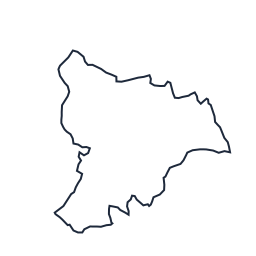 Stroumpi, Paphos, Cyprus (Robinson projection), rotated 165°
{"feature_id": "46923920B38584843401595", "entity_name": "Stroumpi", "entity_type": "district", "adm_level": 2, "iso_a3": "CYP", "parent_name": "Cyprus", "parent_adm1": "Paphos", "projection": "robinson", "projection_center": [32.477, 34.887], "detail": "fine", "context": "isolated", "style": "outline", "palette": "slate", "viewbox_px": 256, "rotation_deg": 165, "n_neighbors": 0, "source": "geoboundaries", "source_scale": "gbopen_adm2", "svg_char_len": 1823}
<svg xmlns="http://www.w3.org/2000/svg" viewBox="0 0 256 256"><g transform="rotate(165 128 128)"><path d="M125.8,48.1L123.7,50.8L121.3,54.5L114.5,55.5L109.2,58.7L107.6,63.7L106.5,70.7L104.4,71.4L101.4,74.9L97.9,78.7L93.9,79.2L86.6,79.7L82.8,82.4L78.9,86.7L77.1,88.9L71.3,89.8L64.2,88.8L58.3,87.2L51.6,84.2L46.8,80.6L40.8,80.7L35.7,78.1L35.3,83.9L35.3,88.5L37.5,93.5L38.5,101.9L38.9,104.9L40.5,107.8L42.3,111.3L41.4,117.0L41.7,121.9L42.1,128.8L43.9,130.9L43.3,134.8L44.5,136.0L48.5,134.1L51.4,132.6L53.6,136.8L53.2,140.8L54.3,145.1L58.9,144.3L61.1,143.5L67.6,143.9L71.3,143.8L74.9,145.1L75.5,149.9L75.4,160.7L77.7,162.5L81.8,159.2L86.0,160.2L91.5,162.3L94.8,165.7L93.2,169.5L93.6,173.4L99.5,173.3L105.1,174.0L115.6,174.1L122.3,174.4L127.1,176.0L126.0,180.5L130.1,183.8L134.8,187.2L138.7,192.0L145.9,198.2L150.4,199.3L152.3,203.3L152.5,208.3L155.0,211.8L157.0,214.6L161.2,217.1L167.4,211.6L177.5,205.8L178.7,204.4L180.0,202.7L180.2,196.0L177.5,188.0L175.4,184.0L175.4,178.2L178.1,174.2L185.8,167.1L187.9,160.6L188.9,156.8L190.2,153.3L191.1,150.0L190.4,145.9L189.6,143.0L188.1,140.3L185.1,136.8L184.1,132.2L184.7,127.1L180.4,124.9L177.1,121.2L173.1,120.4L170.1,118.3L173.0,114.1L177.6,113.0L181.1,117.1L183.1,113.0L181.8,108.7L185.2,105.7L188.4,99.8L184.2,95.6L186.8,91.0L190.6,87.6L193.8,84.2L196.7,80.0L200.0,78.9L210.6,69.3L220.7,65.2L220.3,63.5L217.0,59.5L215.1,56.5L212.3,51.4L211.4,49.8L209.4,49.7L207.2,43.1L203.3,40.0L199.2,38.9L196.4,41.5L190.2,42.7L183.6,40.9L179.7,39.6L173.9,39.7L169.7,39.0L167.8,39.9L168.5,41.0L168.3,45.6L168.7,49.8L167.3,54.7L166.0,57.6L162.8,56.1L158.4,53.9L156.7,50.8L152.8,47.2L149.9,44.1L148.9,47.5L149.2,52.5L147.6,56.4L143.8,58.3L141.6,61.6L139.1,60.5L138.1,56.6L135.3,52.5L133.2,49.3L131.9,49.3L128.6,49.2L127.8,47.2L125.8,48.1Z" fill="none" stroke="#1e293b" stroke-width="2"/></g></svg>